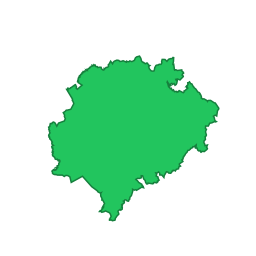 Metztitlán, Hidalgo, Mexico (Mercator projection), rotated 59°
{"feature_id": "50627088B46481232668966", "entity_name": "Metztitlán", "entity_type": "district", "adm_level": 2, "iso_a3": "MEX", "parent_name": "Mexico", "parent_adm1": "Hidalgo", "projection": "mercator", "projection_center": [-98.823, 20.565], "detail": "fine", "context": "isolated", "style": "filled", "palette": "green", "viewbox_px": 256, "rotation_deg": 59, "n_neighbors": 0, "source": "geoboundaries", "source_scale": "gbopen_adm2", "svg_char_len": 5807}
<svg xmlns="http://www.w3.org/2000/svg" viewBox="0 0 256 256"><g transform="rotate(59 128 128)"><path d="M125.8,215.4L126.8,215.4L127.7,216.0L128.6,215.9L129.8,215.2L130.6,214.3L130.6,213.7L131.9,212.9L134.6,208.5L136.7,207.6L136.6,206.0L137.1,204.9L138.2,203.8L140.1,203.0L145.4,204.7L145.9,191.9L159.7,189.3L166.4,186.5L166.9,186.8L168.6,185.9L169.4,185.3L169.6,184.4L169.9,185.1L172.3,186.4L175.0,186.6L176.3,187.5L176.7,186.8L180.6,187.0L182.8,190.7L183.0,189.5L183.3,189.7L184.9,193.6L184.5,194.4L184.9,195.4L185.8,194.0L186.7,193.9L187.4,191.7L187.5,190.0L191.0,187.6L192.1,187.4L195.0,187.9L196.3,190.0L197.0,190.5L196.8,190.9L197.5,191.3L198.4,189.5L199.4,189.2L200.2,187.0L200.2,186.4L199.0,185.5L197.6,182.4L197.2,180.4L196.4,179.9L194.6,179.7L194.0,179.2L193.7,176.6L194.7,176.5L194.6,174.8L193.0,173.7L192.5,174.2L191.8,173.1L190.7,173.1L190.7,172.8L191.6,172.3L190.4,172.3L190.3,169.9L189.4,169.1L188.4,169.5L188.5,168.9L188.0,167.6L188.5,166.8L189.9,166.4L190.9,165.5L190.9,165.0L189.8,163.8L189.9,163.2L188.4,162.1L187.7,159.9L184.7,156.6L182.9,155.6L184.5,154.6L184.9,153.0L185.8,152.8L185.8,146.7L187.2,145.4L185.5,145.1L184.4,145.5L183.4,145.1L180.3,146.8L177.9,147.1L176.1,147.8L176.0,147.4L176.1,145.6L177.1,144.3L177.5,142.3L175.7,141.2L176.5,140.1L179.9,140.8L181.8,140.3L183.6,140.9L185.5,140.9L186.1,139.9L185.5,139.2L188.5,135.7L188.7,134.8L188.0,134.4L188.2,133.4L189.8,131.7L189.6,130.7L189.2,130.6L189.3,130.1L189.0,130.0L189.2,129.8L188.6,129.0L188.7,128.2L186.5,128.1L185.5,127.5L183.6,128.6L182.6,127.4L180.8,127.3L181.6,126.2L181.4,124.4L183.1,124.1L184.6,125.0L185.8,123.2L188.9,122.7L187.5,121.5L185.3,117.6L186.4,116.5L187.5,116.4L188.8,114.7L188.5,113.5L187.6,112.2L188.0,111.7L187.5,111.1L188.4,109.9L189.2,109.6L188.3,107.8L189.0,105.7L187.6,104.6L187.7,102.6L186.1,103.0L185.2,102.4L185.0,98.2L183.1,98.2L183.2,97.4L182.8,97.1L182.7,96.6L181.4,95.7L181.4,94.8L180.7,94.1L180.7,93.5L179.6,91.7L179.2,89.9L178.0,88.3L178.5,87.2L178.2,85.2L177.8,84.9L178.1,82.8L177.4,82.0L178.1,81.0L177.6,78.2L178.9,79.1L179.4,80.3L179.9,80.5L180.7,79.2L182.8,79.6L183.9,79.3L184.4,78.7L184.5,77.9L185.5,77.9L185.7,77.6L186.1,78.0L186.4,77.9L186.3,76.3L187.5,74.8L187.1,71.7L186.7,70.6L186.0,70.4L185.1,70.7L183.5,68.7L182.8,71.1L181.2,70.5L179.6,70.5L178.2,69.4L177.8,67.6L175.1,66.3L175.1,65.3L174.4,64.4L172.0,63.8L170.8,63.2L169.5,61.4L168.4,61.9L166.3,60.5L167.7,58.2L166.0,55.5L166.8,53.4L167.0,50.8L167.8,50.0L168.0,49.0L166.5,49.7L163.2,48.7L161.9,48.7L161.9,46.6L163.4,45.8L159.3,42.4L158.5,40.5L157.8,40.0L151.5,40.3L151.0,41.0L146.9,43.0L145.9,44.6L145.7,45.7L146.1,46.1L144.9,46.3L142.1,47.9L141.5,49.2L140.3,49.4L140.1,49.7L138.8,48.9L136.9,48.6L136.2,48.9L135.7,48.5L134.3,48.7L133.2,49.6L129.5,49.8L127.5,50.6L126.9,50.4L126.3,50.7L123.0,50.6L122.4,51.4L120.1,51.5L120.3,52.8L120.0,53.5L121.6,54.2L122.3,55.5L122.0,55.7L122.2,56.2L122.3,55.7L122.6,56.0L123.1,55.4L122.8,56.7L123.4,56.9L124.1,56.2L124.6,56.2L125.3,60.1L125.1,60.8L126.0,61.4L126.2,62.5L122.3,64.9L122.5,65.7L122.9,66.0L122.6,67.5L122.0,67.3L121.5,67.7L120.8,69.5L118.7,69.4L118.7,70.6L116.1,70.5L116.1,71.5L114.5,71.5L113.7,72.0L110.1,71.0L109.0,71.0L108.5,70.4L113.6,70.3L113.7,69.3L112.2,69.2L112.3,67.4L113.6,67.4L113.6,65.6L115.6,65.7L115.5,64.3L114.8,63.2L112.7,61.3L112.0,61.1L111.7,62.1L110.9,62.0L111.5,60.3L113.6,58.7L112.4,54.1L111.9,53.9L110.5,54.4L109.6,53.1L109.8,52.3L108.8,51.8L107.3,52.5L105.9,52.0L104.1,56.1L102.9,56.8L102.4,57.5L102.5,58.1L102.0,58.2L97.4,56.2L97.5,56.6L96.6,56.8L94.3,54.7L91.2,52.6L90.7,53.1L91.2,54.4L90.4,55.9L90.0,57.8L90.9,60.3L88.3,61.0L86.8,63.4L88.4,65.0L89.6,65.4L90.5,66.9L89.4,68.5L89.6,69.7L89.0,70.5L88.8,71.8L90.0,73.9L92.4,76.1L92.2,77.2L91.0,78.7L88.3,79.2L86.0,78.7L85.7,77.1L84.9,77.9L82.3,78.0L81.8,78.9L82.0,79.7L81.5,80.3L79.8,80.8L79.8,81.2L78.7,81.7L77.5,81.9L74.9,81.1L72.3,81.1L71.5,83.9L71.7,85.5L73.3,87.7L73.1,90.5L71.4,91.9L71.7,93.0L70.9,94.2L70.0,94.8L70.7,95.5L67.8,97.6L67.7,98.7L66.8,100.7L65.3,101.1L64.1,102.6L63.7,105.3L64.0,106.7L65.0,108.2L61.8,108.5L63.4,111.2L63.7,112.4L65.2,113.0L65.4,114.4L64.8,115.5L65.2,117.1L64.6,117.8L65.7,118.2L65.8,119.0L65.0,119.8L63.5,120.2L62.1,119.8L61.2,121.1L60.6,122.8L59.6,122.7L58.9,123.9L58.1,124.2L57.5,123.7L56.9,123.8L56.8,125.0L56.2,124.9L56.5,125.8L55.8,126.4L56.6,126.6L56.1,127.8L56.6,128.8L56.3,129.5L57.0,130.2L56.6,131.2L57.0,132.1L56.6,132.8L57.7,133.2L56.7,134.0L57.3,134.0L57.2,135.3L56.8,135.9L57.4,136.3L56.5,137.5L57.4,138.0L57.0,138.9L57.8,139.4L57.6,140.0L58.0,140.4L57.8,141.0L58.3,141.6L58.2,142.4L58.8,142.3L58.8,143.4L59.7,143.4L59.4,144.5L60.4,145.6L61.4,145.9L61.3,146.5L62.2,147.3L62.7,146.7L63.4,147.3L67.6,145.3L68.7,151.5L67.1,151.9L66.4,151.0L63.8,150.7L63.6,151.8L64.1,152.7L63.8,153.1L64.1,156.1L63.9,156.4L64.3,157.2L63.6,158.9L63.2,158.7L62.8,159.0L63.1,159.7L64.2,159.8L63.5,160.7L74.6,160.7L75.8,161.6L76.6,161.4L79.2,161.9L82.5,167.4L81.4,170.9L80.9,171.7L81.4,173.2L81.5,175.6L84.3,175.7L85.3,176.6L87.7,176.9L89.2,179.0L88.0,185.0L89.8,188.1L86.3,187.9L84.7,188.6L84.4,189.1L84.5,190.4L85.0,190.9L84.2,192.3L84.8,192.6L85.1,193.3L86.4,194.2L86.4,195.6L88.4,196.2L88.7,196.8L89.9,196.5L90.5,197.2L92.0,197.4L93.1,199.4L93.8,200.0L94.7,199.7L95.0,200.4L96.1,200.1L97.0,200.7L98.0,200.2L101.2,200.2L101.5,201.0L102.6,201.5L104.5,200.9L104.3,202.2L104.7,203.0L105.5,203.2L106.1,202.8L106.6,203.4L106.9,203.0L107.8,203.4L108.9,204.8L109.8,204.4L109.9,205.5L111.0,205.2L111.5,206.3L112.6,206.5L112.9,206.9L115.5,206.0L117.2,206.4L118.2,205.4L118.3,204.7L120.2,204.7L119.7,203.8L120.2,203.2L120.7,203.2L121.8,203.8L122.8,205.7L123.9,206.3L124.2,207.2L123.9,208.1L125.0,208.5L124.8,209.8L125.8,209.0L126.0,210.2L126.7,210.7L126.8,211.6L125.7,211.8L126.4,212.3L126.3,213.0L125.3,213.3L125.8,215.4Z" fill="#22c55e" stroke="#15803d" stroke-width="1.5"/></g></svg>